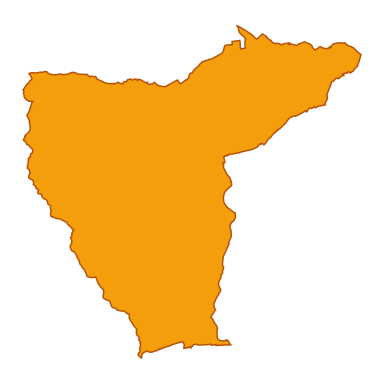 the district of Patarlagele, Buzau, Romania
{"feature_id": "2599482B92792236227552", "entity_name": "Patarlagele", "entity_type": "district", "adm_level": 2, "iso_a3": "ROU", "parent_name": "Romania", "parent_adm1": "Buzau", "projection": "natural_earth1", "projection_center": [26.343, 45.318], "detail": "fine", "context": "isolated", "style": "filled", "palette": "amber", "viewbox_px": 384, "rotation_deg": 0, "n_neighbors": 0, "source": "geoboundaries", "source_scale": "gbopen_adm2", "svg_char_len": 5799}
<svg xmlns="http://www.w3.org/2000/svg" viewBox="0 0 384 384"><path d="M230.7,344.7L229.6,343.5L228.0,340.5L227.2,340.0L226.3,339.9L225.0,340.8L222.4,340.9L220.6,340.7L218.3,339.6L217.4,338.0L217.0,334.7L216.9,330.5L217.5,329.0L217.0,326.5L214.3,322.6L212.6,318.9L211.0,317.4L211.7,315.7L215.5,309.8L214.5,308.1L213.7,304.3L216.2,298.3L220.1,291.7L220.7,289.8L218.5,284.8L218.9,281.3L220.7,278.4L221.0,276.9L220.8,275.6L222.5,273.2L222.7,270.4L223.7,267.3L222.4,265.0L223.2,256.8L229.0,244.0L229.0,241.8L231.1,236.9L231.4,235.2L230.9,231.3L231.1,230.4L230.1,228.5L230.0,225.7L231.8,221.8L233.2,221.5L234.4,219.7L235.4,217.3L235.4,215.0L235.0,212.8L232.8,211.7L226.9,207.0L225.0,204.4L223.8,201.9L223.3,197.5L224.5,192.5L227.7,188.8L231.4,185.7L231.7,184.3L231.4,182.4L230.1,178.3L228.2,175.6L227.3,174.9L223.5,167.7L223.6,164.4L223.1,163.8L222.9,162.7L224.9,162.8L224.9,161.9L223.6,156.8L224.9,156.5L224.9,156.2L225.8,156.0L225.6,155.8L228.1,155.3L227.9,154.7L239.2,152.8L241.1,152.0L252.2,149.4L257.9,146.8L258.5,144.9L259.7,144.7L259.6,144.2L260.2,143.6L261.3,144.1L261.5,143.6L262.4,143.5L263.9,144.8L264.6,144.3L266.9,141.3L268.0,139.3L270.6,137.6L272.8,134.3L277.5,130.6L277.2,130.0L279.9,128.8L282.6,125.8L284.9,123.9L289.1,118.3L293.2,116.2L294.6,115.9L295.1,116.0L294.6,116.3L295.5,116.2L299.5,114.3L305.6,110.8L306.4,111.9L307.1,111.5L307.8,109.9L309.3,108.4L311.7,108.3L314.5,106.8L315.0,107.6L315.4,107.7L318.4,106.3L325.3,104.8L325.1,103.7L325.4,102.2L326.9,100.2L327.2,98.5L327.2,96.4L326.8,95.1L331.8,81.7L333.6,81.1L335.6,78.4L337.3,78.3L338.1,78.8L339.3,78.3L339.6,77.4L340.7,76.7L341.6,76.5L342.5,75.2L343.8,75.5L344.0,75.2L343.8,74.9L342.7,74.2L343.2,73.8L346.9,72.7L347.1,73.1L348.7,71.6L350.2,73.0L353.1,71.1L354.3,69.2L357.2,66.4L358.8,62.2L361.0,54.7L357.7,52.0L353.4,47.8L350.8,46.5L349.8,46.4L346.4,44.5L345.0,42.8L343.4,43.1L338.5,42.8L333.9,43.7L332.5,44.6L331.5,45.8L330.9,47.6L330.1,46.8L329.4,46.9L328.4,48.5L327.6,48.4L327.2,48.7L322.6,48.0L320.6,46.8L320.0,46.7L315.3,49.9L313.6,48.9L312.3,47.1L311.9,45.7L309.7,43.9L306.6,42.9L304.6,41.8L298.3,44.2L296.7,45.5L292.2,44.3L289.0,44.4L290.1,43.2L289.5,42.9L283.8,43.7L282.1,44.9L278.7,43.4L276.9,43.5L276.1,43.2L275.3,43.6L274.5,43.4L272.5,42.5L271.2,41.0L270.9,40.2L270.0,40.2L268.0,38.7L268.0,38.4L266.9,37.7L266.9,37.3L266.3,36.3L264.9,35.7L262.6,33.9L256.9,39.1L255.2,38.2L252.7,35.4L247.4,31.7L238.6,26.4L237.1,26.0L238.4,28.0L238.5,30.2L239.2,31.3L239.5,32.8L245.4,38.2L244.9,43.1L245.2,48.2L240.5,48.8L239.9,40.5L232.1,41.5L232.3,44.5L225.3,45.3L224.4,46.6L223.3,51.3L221.7,53.4L210.8,59.4L208.6,59.4L207.2,60.5L205.7,60.5L201.7,62.1L201.2,63.1L199.5,64.4L198.7,66.0L198.0,66.2L197.2,67.2L194.2,69.6L194.0,70.5L193.3,71.0L192.4,72.8L190.4,73.3L189.7,74.1L188.3,78.2L186.1,80.2L185.4,80.0L183.1,82.2L180.9,83.6L180.1,83.6L177.5,80.0L165.4,86.6L162.6,86.6L157.7,85.2L154.4,82.4L152.3,84.0L148.8,84.3L147.7,83.7L147.6,82.7L147.3,82.2L146.4,82.8L145.7,82.7L140.6,79.8L138.4,79.3L137.7,80.6L137.0,80.2L137.1,79.7L136.1,79.1L134.4,79.0L132.9,79.9L131.8,80.0L131.0,79.1L130.5,79.0L127.5,79.8L126.4,81.5L123.6,82.0L122.7,83.9L119.6,83.2L118.2,82.2L114.9,83.8L114.0,83.4L109.7,83.7L105.8,83.1L96.7,78.9L96.4,77.5L95.6,76.6L92.7,76.6L91.4,76.0L89.7,76.7L88.4,75.8L87.5,74.5L78.5,74.2L74.6,72.5L72.0,72.4L66.8,74.4L62.0,74.6L60.1,73.9L58.3,74.5L54.2,74.8L51.1,74.4L48.7,73.5L47.3,72.5L47.0,71.9L45.6,71.4L42.2,72.3L40.0,72.2L36.2,73.0L31.8,72.7L29.0,73.5L31.4,77.0L31.9,79.0L31.7,79.6L29.9,80.6L28.8,82.6L27.4,83.8L23.0,89.9L23.9,91.3L23.4,93.6L24.1,94.6L24.1,96.7L25.6,99.1L29.0,101.3L32.8,101.4L32.0,102.4L29.5,110.6L26.9,115.6L28.9,119.1L29.5,120.9L29.2,121.2L29.7,122.8L29.5,124.3L30.0,125.0L30.3,129.2L29.0,131.9L25.1,135.6L24.7,136.7L24.9,137.8L24.0,138.5L23.5,139.8L23.8,140.6L26.0,142.1L26.9,144.7L27.9,144.8L29.6,145.8L29.9,146.9L32.4,149.3L32.9,150.4L32.3,152.9L31.1,153.4L30.3,155.1L30.5,156.4L29.5,157.1L29.7,157.6L28.6,158.3L28.3,159.0L28.6,159.8L28.3,160.8L28.2,163.9L27.5,165.4L27.4,168.3L29.2,170.0L30.0,171.9L29.8,173.5L28.7,176.1L28.7,177.8L30.9,179.4L32.3,179.9L33.1,180.8L33.7,182.4L33.3,184.5L34.8,185.4L35.6,186.7L36.1,188.4L38.4,189.6L37.7,193.2L39.0,193.9L41.2,193.8L42.0,196.4L43.4,198.4L46.3,199.8L47.6,201.7L47.9,204.0L50.6,205.9L50.3,207.4L50.6,209.2L51.2,210.5L50.4,214.5L51.1,216.5L56.7,218.5L59.6,218.8L65.3,221.6L66.9,222.6L67.6,224.4L68.8,224.9L69.5,226.2L71.6,227.5L72.1,229.2L73.6,229.9L73.6,230.5L72.6,231.6L71.8,233.5L72.0,235.1L71.6,236.1L70.4,237.9L71.7,239.7L71.8,240.8L71.6,242.9L70.2,246.0L70.4,247.8L71.5,250.4L74.9,252.6L76.4,255.2L76.9,257.0L79.1,260.5L79.8,263.9L81.3,265.4L82.5,267.9L83.9,269.1L84.7,270.3L87.3,276.6L91.2,277.6L95.8,277.1L97.7,282.3L99.4,285.4L101.2,287.7L103.5,289.7L103.4,291.1L103.8,292.6L103.0,296.4L103.4,297.7L103.8,298.4L105.4,299.4L108.7,300.6L109.5,301.2L110.1,302.1L111.3,305.9L112.4,307.5L115.4,308.3L117.3,310.1L121.1,311.0L124.6,311.2L127.0,313.5L129.3,314.3L129.2,318.1L130.0,319.1L130.4,320.6L132.6,323.5L133.5,325.5L136.6,329.0L136.3,331.7L136.6,334.5L137.4,335.7L138.6,336.5L139.2,337.6L139.2,338.1L138.7,338.8L139.0,340.1L140.5,342.0L140.1,343.1L140.5,344.1L140.5,346.3L140.2,347.2L139.8,347.6L139.7,348.5L140.0,351.7L139.8,352.2L138.8,352.8L138.2,353.9L138.1,354.6L138.6,355.6L141.2,358.0L141.7,357.6L141.8,354.9L142.3,353.7L145.8,351.3L148.4,351.5L149.5,352.2L151.5,352.2L153.1,351.8L155.4,350.8L157.3,350.6L158.2,349.4L159.6,349.1L159.9,349.5L161.0,348.4L162.0,348.6L164.2,347.4L168.2,346.4L173.2,344.3L181.7,341.8L182.8,341.8L184.3,344.7L183.9,348.4L185.3,348.0L187.0,348.1L188.9,346.9L190.9,348.0L191.4,347.3L191.3,346.7L192.4,346.4L192.5,345.2L196.1,344.1L197.6,344.9L199.6,345.1L209.1,344.5L210.6,344.1L211.2,345.3L216.0,344.5L215.9,345.5L225.7,344.9L228.1,345.1L230.7,344.7Z" fill="#f59e0b" stroke="#b45309" stroke-width="1.5"/></svg>